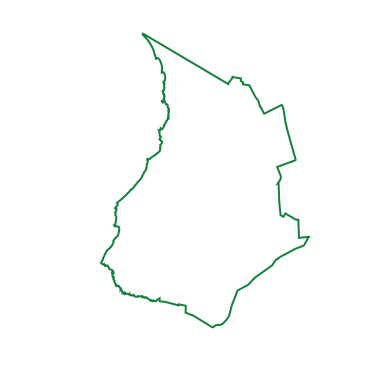 Ravensthorpe, Western Australia, Australia, rotated 121°
{"feature_id": "25037944B73720065991414", "entity_name": "Ravensthorpe", "entity_type": "district", "adm_level": 2, "iso_a3": "AUS", "parent_name": "Australia", "parent_adm1": "Western Australia", "projection": "orthographic", "projection_center": [120.16, -33.684], "detail": "fine", "context": "isolated", "style": "outline", "palette": "green", "viewbox_px": 384, "rotation_deg": 121, "n_neighbors": 0, "source": "geoboundaries", "source_scale": "gbopen_adm2", "svg_char_len": 5985}
<svg xmlns="http://www.w3.org/2000/svg" viewBox="0 0 384 384"><g transform="rotate(121 192 192)"><path d="M180.3,68.5L170.4,68.8L176.2,76.7L161.0,86.6L162.2,88.6L162.3,100.9L166.2,100.9L166.2,104.2L156.1,111.7L140.1,122.2L140.8,122.8L135.1,122.7L132.7,124.0L126.7,131.9L111.5,119.7L111.0,119.7L88.1,144.0L87.8,144.0L85.0,147.0L72.8,157.2L71.1,159.9L87.8,170.5L82.7,178.7L82.8,178.7L79.6,182.2L77.9,186.6L72.8,194.8L71.7,196.8L71.0,197.8L73.5,203.9L71.7,204.6L71.7,207.4L69.5,208.5L72.5,216.6L73.7,216.1L79.9,216.9L80.8,216.6L81.5,315.5L82.5,315.4L83.6,311.1L84.8,307.5L87.7,301.8L90.9,297.2L91.6,296.8L92.5,295.6L93.1,295.2L93.4,294.4L94.0,294.1L94.2,293.8L94.2,293.7L94.6,293.5L94.8,293.0L96.5,291.5L96.4,291.3L95.4,291.3L95.3,290.9L94.9,290.6L94.9,289.3L95.6,287.4L98.1,284.1L100.0,282.3L102.1,280.8L103.4,280.5L104.6,279.7L105.3,279.5L105.4,279.4L105.1,279.0L104.2,278.9L104.1,278.5L104.2,277.9L104.5,277.1L105.2,276.0L106.9,274.5L109.0,273.2L111.4,272.5L111.8,272.6L112.0,273.1L112.3,272.8L112.7,272.4L113.3,272.6L113.4,272.0L113.7,271.7L113.8,271.2L114.2,271.2L114.7,270.8L115.2,270.9L115.1,271.1L115.6,270.6L115.9,270.5L116.2,269.7L117.2,269.1L117.5,269.2L118.0,268.8L119.4,268.5L119.9,268.9L120.0,268.7L120.6,269.0L120.7,268.8L120.9,269.0L121.1,268.9L121.8,267.6L122.2,267.3L122.3,267.5L122.7,267.3L122.8,267.0L122.7,266.2L122.8,266.2L123.4,266.0L123.7,265.7L123.7,265.1L123.9,264.8L124.4,264.6L124.6,264.9L125.0,264.6L125.7,264.6L126.2,264.0L126.6,264.2L128.2,262.2L128.5,262.1L128.6,261.9L129.1,261.9L129.7,260.0L130.2,259.2L130.1,258.6L129.9,258.4L130.2,258.2L130.2,257.6L130.4,257.6L130.5,257.3L131.1,257.1L131.2,256.8L132.2,256.2L132.4,255.4L132.8,255.2L132.9,254.9L132.7,254.6L134.3,253.7L134.5,253.7L134.7,254.0L134.9,253.8L135.0,253.5L134.8,253.3L135.0,253.1L135.8,253.1L135.8,253.4L136.2,252.6L137.1,252.5L137.5,252.2L137.5,252.4L138.3,252.0L139.7,250.8L140.0,250.8L139.9,251.2L140.2,251.2L140.7,250.3L141.0,250.7L141.4,250.3L141.5,250.5L142.1,250.3L144.6,250.3L145.3,250.8L146.2,250.1L148.0,250.3L148.2,250.2L148.7,250.3L149.0,250.1L149.2,250.4L150.5,249.8L152.6,249.9L153.6,250.2L154.1,250.5L154.3,250.8L153.9,251.4L154.1,251.4L154.0,251.6L155.3,251.2L155.6,251.3L155.8,251.6L156.6,251.2L156.6,251.9L158.1,250.2L159.0,249.5L159.8,249.3L160.2,248.9L160.7,248.1L160.5,247.4L161.0,247.5L161.9,246.8L162.8,246.8L163.0,247.1L163.3,247.1L163.3,246.9L163.8,246.3L163.7,246.1L164.2,245.0L164.2,243.7L164.5,243.3L166.0,243.0L167.4,243.2L167.9,243.5L168.5,243.1L169.6,242.4L169.8,242.5L170.7,241.9L170.9,241.6L171.4,241.3L171.9,241.5L172.9,240.8L173.5,240.7L176.0,241.4L176.7,241.6L177.4,242.3L178.9,242.3L181.6,244.0L182.2,244.1L183.2,244.6L185.1,245.1L186.0,246.0L186.2,246.7L187.4,246.5L187.4,247.1L187.6,247.0L187.6,246.3L188.6,245.5L191.2,245.0L191.4,245.1L192.0,244.6L195.9,243.1L197.4,242.9L198.9,243.3L200.6,243.0L203.3,243.0L205.1,242.6L205.6,242.7L208.9,242.9L211.7,243.7L213.7,243.8L214.7,244.1L215.1,244.0L216.6,244.4L218.0,244.3L219.4,244.6L220.3,245.1L220.9,245.3L221.0,245.1L221.3,245.1L222.1,245.7L224.0,245.9L226.9,246.7L228.0,246.8L230.8,247.7L233.6,248.4L239.9,250.7L240.1,250.1L240.7,249.4L241.2,249.4L241.7,249.0L243.5,249.2L244.9,249.8L245.1,249.6L245.6,249.5L245.3,248.9L245.5,247.9L245.8,247.6L246.9,247.3L247.8,247.5L248.2,247.4L248.8,246.8L249.4,246.7L249.7,246.9L249.9,246.5L251.2,245.7L252.4,244.1L253.7,243.3L255.7,242.4L259.2,241.2L260.1,241.1L260.5,241.5L260.7,240.7L261.2,240.3L261.0,240.0L260.2,239.8L260.1,238.7L259.9,238.5L259.9,237.9L259.6,236.8L261.0,235.4L261.8,234.9L265.3,233.6L266.9,233.2L267.8,233.2L270.5,233.7L271.1,234.1L272.4,234.1L274.2,234.4L274.9,233.7L275.9,233.3L279.2,233.1L281.5,233.3L285.4,234.7L286.7,234.8L289.0,234.6L290.1,234.7L291.0,234.4L293.5,234.1L294.2,234.3L295.1,233.9L297.8,233.4L299.5,233.6L300.0,232.8L300.0,231.8L299.8,230.6L299.1,230.3L300.0,229.2L300.2,228.0L299.7,227.3L299.8,227.8L299.3,228.0L299.1,228.0L299.0,227.6L298.4,227.6L298.7,227.5L298.9,227.2L298.6,226.6L298.9,226.4L299.3,224.6L300.3,223.9L300.4,223.6L300.4,223.2L300.6,223.0L300.6,222.2L300.2,221.4L300.1,220.3L300.2,220.1L300.2,219.6L300.4,219.6L300.8,218.7L300.8,218.3L301.1,218.1L301.6,218.7L302.2,218.7L302.3,219.2L302.7,219.1L302.8,218.7L302.5,218.4L302.5,217.5L302.9,217.7L304.8,217.2L305.3,216.5L305.2,216.3L305.5,216.3L305.8,215.8L305.6,215.1L306.1,215.0L306.1,214.6L306.3,214.4L307.4,214.4L308.1,212.6L308.7,212.6L309.6,211.4L310.0,210.4L310.2,210.1L310.1,209.4L310.3,209.2L311.3,209.3L311.5,209.1L311.6,208.1L310.5,207.1L310.6,206.7L310.3,206.4L310.9,205.7L310.8,205.2L311.1,204.7L311.1,203.9L311.7,203.7L311.6,203.0L312.5,202.7L312.1,202.6L312.2,202.3L312.7,202.2L312.9,201.8L312.7,201.5L312.8,201.3L313.2,200.7L313.7,200.3L313.9,199.7L314.5,199.4L314.3,199.2L314.3,198.9L313.7,199.2L313.6,198.6L313.2,198.5L313.5,198.2L314.0,198.3L313.6,197.7L313.9,197.5L313.9,197.1L314.1,197.0L313.9,196.8L312.9,196.9L313.0,196.2L312.8,195.8L312.9,195.2L312.3,194.5L312.4,193.6L312.1,193.0L311.8,193.0L312.3,192.6L312.2,191.5L311.6,191.2L311.8,190.8L311.5,190.5L311.4,189.5L310.6,189.2L310.8,189.0L310.7,188.5L310.5,188.3L310.9,188.0L310.9,186.7L310.6,186.5L310.5,186.0L310.0,184.9L309.4,184.9L309.3,184.2L308.4,183.6L308.0,182.1L307.4,181.8L307.5,181.5L307.0,181.1L307.6,180.2L307.3,180.0L307.6,179.7L306.9,178.8L306.8,178.4L307.0,178.1L306.1,177.6L305.8,177.1L305.9,175.8L306.2,175.7L306.3,175.0L306.0,173.2L306.4,172.3L306.0,171.5L306.3,171.2L305.5,170.8L305.9,169.9L305.5,169.5L305.6,169.3L304.7,168.9L304.8,168.5L304.6,168.1L304.8,167.7L304.4,166.9L303.9,166.6L303.3,166.6L302.7,166.2L301.8,166.2L301.3,165.6L299.8,165.0L302.3,163.4L300.0,158.4L296.1,145.1L295.1,145.5L292.7,138.7L298.7,135.4L297.5,128.1L297.3,128.0L297.5,104.6L293.7,102.8L291.7,99.7L289.4,97.9L283.0,96.5L279.2,96.4L268.6,99.5L252.9,102.2L242.5,96.0L232.8,93.9L213.6,85.5L207.6,85.3L201.6,82.7L198.2,80.5L187.5,74.2L180.3,68.5ZM129.4,264.6L129.7,264.7L130.2,263.3L129.4,263.4L129.3,264.0L129.5,264.5L129.4,264.6Z" fill="none" stroke="#15803d" stroke-width="2"/></g></svg>